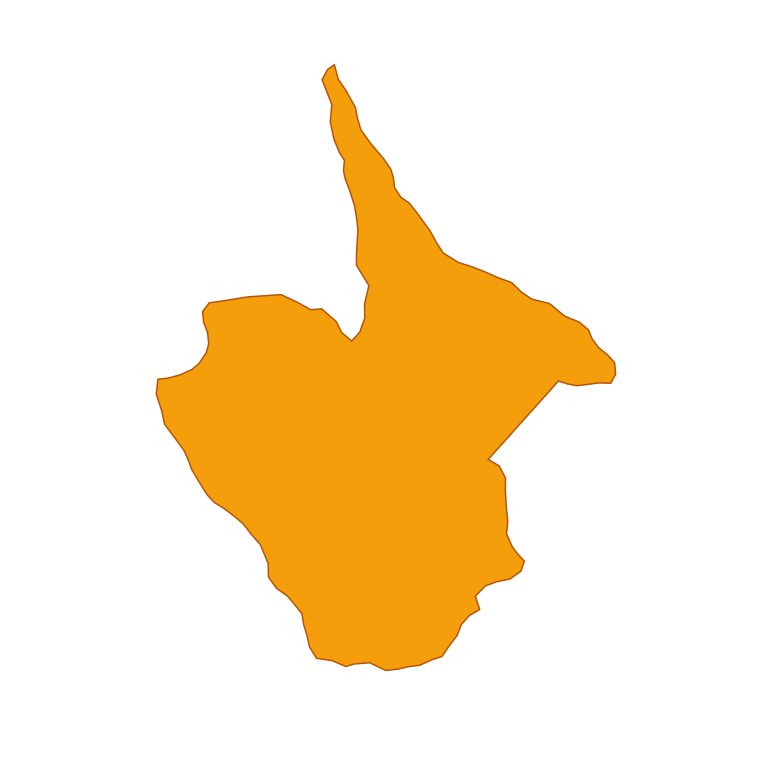 Cruzália, São Paulo, Brazil (Robinson projection), rotated 291°
{"feature_id": "56859067B72115039029830", "entity_name": "Cruzália", "entity_type": "district", "adm_level": 2, "iso_a3": "BRA", "parent_name": "Brazil", "parent_adm1": "São Paulo", "projection": "robinson", "projection_center": [-50.755, -22.735], "detail": "fine", "context": "isolated", "style": "filled", "palette": "amber", "viewbox_px": 768, "rotation_deg": 291, "n_neighbors": 0, "source": "geoboundaries", "source_scale": "gbopen_adm2", "svg_char_len": 1803}
<svg xmlns="http://www.w3.org/2000/svg" viewBox="0 0 768 768"><g transform="rotate(291 384 384)"><path d="M664.3,223.2L657.3,218.6L645.8,217.2L626.3,235.1L609.3,240.0L594.3,249.8L584.3,259.3L578.5,267.0L568.9,269.6L561.9,274.1L550.8,283.9L540.2,292.4L528.9,299.1L518.8,304.3L495.2,311.8L484.9,315.8L475.8,327.7L470.5,334.6L451.5,337.2L438.8,342.4L423.8,342.8L412.5,338.4L416.8,326.1L425.2,317.0L431.8,298.9L427.0,288.8L429.3,273.8L430.5,255.7L422.9,239.4L416.4,225.4L403.6,203.4L397.1,191.7L386.6,188.7L377.4,193.2L368.5,201.0L358.9,205.9L349.7,206.9L337.0,204.0L328.6,199.4L319.4,190.3L312.2,180.4L307.4,171.2L293.0,175.0L279.3,186.1L267.8,193.6L256.5,211.5L249.9,221.6L242.5,228.9L235.5,234.9L225.4,247.6L217.0,258.9L212.6,268.0L210.3,279.7L207.2,290.4L203.0,302.7L195.8,314.4L189.8,326.1L174.9,340.2L162.4,345.3L154.7,357.0L151.5,369.7L147.2,377.5L140.2,389.6L129.9,395.7L121.7,402.2L111.9,408.6L103.7,419.3L107.1,434.6L106.6,449.6L112.1,456.8L118.6,470.5L117.2,488.3L123.4,500.2L128.4,507.3L134.0,517.8L144.1,528.0L150.3,535.7L161.2,538.3L175.6,542.4L187.1,542.4L198.0,546.4L207.8,554.1L218.7,545.4L231.9,551.0L239.8,560.1L247.0,571.4L258.3,578.9L268.9,578.5L273.2,569.8L278.0,562.1L288.1,552.0L299.5,549.0L312.7,542.4L328.4,535.3L339.9,531.1L348.8,520.8L350.9,508.3L449.3,545.8L449.8,555.1L451.5,564.6L455.6,572.4L462.1,584.5L466.0,595.4L476.1,596.8L486.6,591.6L491.5,581.9L494.6,571.8L500.6,562.3L507.8,555.5L511.7,544.2L512.1,528.2L518.4,509.7L516.2,491.5L519.1,479.2L524.4,466.9L524.1,452.8L524.9,436.0L524.9,422.9L524.1,410.0L527.5,392.3L534.7,382.4L543.3,372.3L555.2,354.1L561.9,342.8L564.5,332.6L571.0,323.5L579.7,319.0L586.9,313.4L594.3,302.7L603.5,285.8L613.1,271.2L623.4,263.4L631.8,258.3L644.4,243.2L652.3,231.9L664.3,223.2Z" fill="#f59e0b" stroke="#b45309" stroke-width="1.5"/></g></svg>